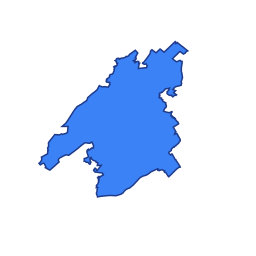 Vānes pag., Kandavas, Latvia (Robinson projection), rotated 325°
{"feature_id": "27541924B3957648915693", "entity_name": "Vānes pag.", "entity_type": "district", "adm_level": 2, "iso_a3": "LVA", "parent_name": "Latvia", "parent_adm1": "Kandavas", "projection": "robinson", "projection_center": [22.617, 56.905], "detail": "fine", "context": "isolated", "style": "filled", "palette": "blue", "viewbox_px": 256, "rotation_deg": 325, "n_neighbors": 0, "source": "geoboundaries", "source_scale": "gbopen_adm2", "svg_char_len": 5703}
<svg xmlns="http://www.w3.org/2000/svg" viewBox="0 0 256 256"><g transform="rotate(325 128 128)"><path d="M156.1,65.4L156.6,66.6L156.3,67.1L156.2,67.4L156.4,67.6L156.4,68.5L155.8,68.7L155.7,68.9L155.7,69.0L156.1,69.3L155.6,69.5L155.4,70.0L154.3,70.5L153.7,70.4L153.7,70.1L152.6,69.7L151.5,69.7L151.4,69.7L151.4,69.9L151.8,70.7L151.2,70.9L151.1,71.0L151.2,71.3L151.0,71.7L150.3,71.9L149.3,73.3L148.3,73.8L147.0,74.7L145.5,74.7L144.2,74.0L143.4,74.2L143.1,74.3L143.1,74.5L142.6,75.2L141.9,75.4L141.6,75.8L139.0,75.6L138.2,76.0L138.4,76.4L137.7,76.9L137.1,76.9L136.8,77.3L136.9,77.7L136.8,78.0L137.7,79.0L139.1,80.0L139.3,80.3L139.2,80.5L138.7,80.6L138.4,81.2L138.1,81.4L138.1,81.6L138.2,81.9L138.1,82.1L137.0,82.3L135.1,83.2L133.3,81.3L131.9,80.3L130.6,79.7L129.3,77.8L128.8,76.8L124.8,78.9L121.3,79.3L118.8,79.3L112.5,80.0L110.0,81.8L106.5,81.7L103.0,81.8L102.1,81.5L100.9,81.6L99.4,81.3L97.7,81.4L97.3,81.8L96.0,82.0L93.2,83.0L83.6,87.0L79.8,88.4L74.9,88.9L79.8,92.4L75.8,97.0L73.6,96.7L72.6,96.2L70.7,95.7L70.1,94.7L67.7,94.2L64.3,91.4L58.2,93.2L56.0,93.8L54.4,94.5L54.0,94.9L53.6,95.7L52.3,97.6L50.7,98.2L49.7,100.6L49.4,100.4L47.4,103.0L40.3,102.2L39.7,103.9L38.5,104.9L36.5,105.7L34.8,105.9L35.0,107.9L36.9,108.0L37.3,107.9L38.7,108.4L39.0,109.0L38.3,113.2L37.6,113.2L39.5,117.2L40.0,117.7L52.1,116.3L52.4,114.3L53.6,113.6L55.2,113.4L58.6,113.8L62.1,114.5L63.0,115.6L63.9,116.4L74.7,116.0L79.9,115.5L83.8,115.4L84.4,115.5L87.9,118.6L90.3,118.8L89.8,122.2L88.3,124.5L87.2,124.2L87.3,123.9L86.9,123.6L86.5,123.5L84.6,123.9L82.2,123.4L83.1,122.7L82.3,122.6L81.7,123.3L81.2,123.2L80.5,124.3L80.1,125.4L79.2,128.9L75.9,128.5L75.4,128.2L74.6,127.9L74.0,128.9L73.0,130.1L73.4,130.3L73.8,130.8L74.1,132.1L74.5,132.5L75.1,132.7L75.5,133.2L75.7,135.5L76.1,135.8L76.7,135.7L77.4,134.4L78.1,134.6L78.1,133.3L79.7,130.7L80.9,131.0L80.4,132.0L80.6,132.1L80.4,132.9L81.1,134.8L82.6,136.6L82.2,138.0L83.3,138.9L83.3,139.4L81.3,141.1L84.7,143.2L78.5,145.1L77.9,144.5L78.3,143.8L78.3,142.7L78.0,142.0L75.6,142.8L75.5,143.4L75.6,144.0L75.7,145.2L76.8,146.1L80.1,149.2L81.2,150.3L81.0,151.9L81.0,152.3L80.8,152.4L80.1,151.9L79.4,152.1L78.6,152.1L78.0,151.9L77.4,152.1L76.4,152.1L76.5,151.9L76.2,151.7L76.7,151.4L76.5,151.0L75.8,150.9L75.6,151.0L74.9,151.2L75.1,151.4L74.8,151.5L74.6,151.8L74.7,152.4L74.4,152.6L74.5,152.8L75.0,153.1L75.0,153.4L74.3,153.9L74.2,153.8L74.0,154.0L73.6,154.2L73.7,154.6L73.1,155.2L72.6,155.3L72.6,155.6L71.4,156.4L70.6,156.7L69.6,156.8L69.0,157.1L68.9,157.6L68.3,158.3L68.0,158.5L68.9,158.8L68.8,159.2L69.0,159.6L68.1,159.9L67.1,160.9L66.4,162.1L65.5,162.6L64.7,163.3L64.1,164.8L64.0,166.0L63.5,167.0L66.3,168.2L72.7,171.8L75.1,173.3L79.3,176.6L84.3,178.2L86.7,178.3L88.7,177.6L90.4,177.3L93.2,177.5L94.9,178.1L98.1,177.8L99.1,177.8L109.4,175.6L112.8,176.0L115.0,176.8L117.2,177.3L118.5,177.3L121.8,177.1L128.9,178.4L129.0,178.6L128.7,179.0L128.9,179.2L128.6,179.2L128.5,179.5L128.3,179.4L128.2,179.7L128.6,179.8L129.0,180.8L131.4,181.4L131.8,181.6L133.5,184.2L132.5,184.6L132.8,185.7L133.4,186.2L133.3,189.8L133.2,189.9L133.4,191.3L135.8,191.0L143.7,189.6L146.1,189.5L146.6,189.3L147.5,189.5L148.0,190.0L148.4,190.0L148.6,188.5L148.8,182.7L148.7,182.6L149.0,181.4L148.6,181.1L148.6,180.9L149.2,174.6L148.7,174.3L147.5,174.7L147.0,172.5L147.4,171.3L150.5,171.2L151.6,170.1L154.5,169.7L154.8,170.2L156.2,169.8L156.9,170.0L157.1,169.8L160.9,169.5L162.1,168.7L163.2,168.6L164.1,167.6L164.4,165.6L164.4,163.8L164.6,163.8L164.9,160.4L162.8,159.9L163.0,159.8L164.0,158.6L165.1,158.6L165.6,153.3L171.8,153.6L171.7,152.9L172.2,152.5L172.3,151.5L171.8,150.8L171.9,149.8L171.7,148.6L172.2,147.5L171.6,147.3L171.4,146.8L171.9,146.1L171.5,145.8L171.0,145.7L170.6,145.2L170.9,145.1L171.3,144.8L171.1,143.6L170.3,143.6L170.1,142.5L170.9,142.0L172.0,140.4L173.1,140.3L173.4,139.8L173.0,139.6L171.1,139.3L170.1,138.7L167.9,136.2L166.8,134.6L168.2,133.6L170.2,132.8L170.8,133.0L172.1,132.0L172.1,131.0L172.4,130.9L172.6,130.4L172.4,130.3L172.4,130.2L173.0,129.4L173.4,129.1L173.2,128.6L172.8,128.4L172.7,127.5L172.2,126.8L172.2,126.3L171.9,126.0L172.0,125.3L172.6,124.8L172.1,124.3L172.0,124.0L172.3,123.3L172.2,123.2L172.6,122.8L172.1,122.1L171.2,121.5L170.9,121.1L171.2,120.7L171.8,120.4L171.8,120.1L172.1,120.0L172.3,120.1L172.6,120.0L172.8,119.5L172.5,119.1L173.2,118.7L173.5,117.7L174.0,117.6L175.2,118.2L176.3,118.0L176.9,118.1L176.9,118.3L180.5,117.7L180.9,117.3L181.8,117.8L184.9,119.2L182.2,120.6L180.9,120.6L179.7,122.2L180.4,124.4L180.8,125.1L181.8,125.8L181.7,125.8L182.3,126.8L182.6,128.2L184.6,128.0L186.0,128.4L186.1,128.8L186.8,128.7L185.7,125.2L188.4,124.7L187.5,123.8L187.5,122.5L187.0,122.1L190.4,121.4L196.0,123.5L196.3,123.4L196.9,122.6L197.7,122.0L197.9,121.0L198.1,120.6L200.2,119.1L201.2,118.2L201.4,117.9L201.6,117.9L203.6,113.9L204.1,112.2L205.8,110.0L206.1,109.4L210.0,105.4L210.5,104.5L209.9,104.3L209.5,102.5L205.8,101.6L205.6,101.4L204.7,98.8L204.3,96.7L211.8,95.5L212.0,95.3L212.4,95.4L214.5,95.1L215.8,99.2L218.1,99.5L219.0,98.8L221.2,99.1L217.3,86.0L215.6,86.4L215.4,85.2L215.6,84.9L216.2,84.5L216.2,84.3L201.1,86.6L199.6,81.7L194.1,82.5L192.5,77.6L190.5,77.9L190.1,78.6L188.6,79.8L187.1,80.4L183.0,81.8L178.9,83.1L177.4,83.0L177.0,83.5L177.5,84.1L177.7,85.1L179.7,86.0L179.4,87.4L179.5,87.8L177.9,89.2L170.6,85.2L173.5,82.3L173.4,81.9L174.6,81.6L174.0,81.0L174.9,79.6L173.8,78.8L171.4,78.5L172.1,77.7L171.1,77.2L171.0,75.9L173.6,76.4L174.8,75.5L174.8,74.8L174.4,74.5L179.0,72.2L178.6,68.5L171.2,68.6L170.2,69.2L169.6,69.2L168.2,69.0L167.7,68.3L165.7,68.4L164.0,67.9L163.1,67.2L162.2,66.8L160.6,66.9L160.3,66.6L160.2,66.4L160.5,65.7L160.3,65.5L160.1,65.3L158.7,64.7L158.4,64.7L158.0,64.9L157.6,65.5L156.1,65.4Z" fill="#3b82f6" stroke="#1e3a8a" stroke-width="1.5"/></g></svg>